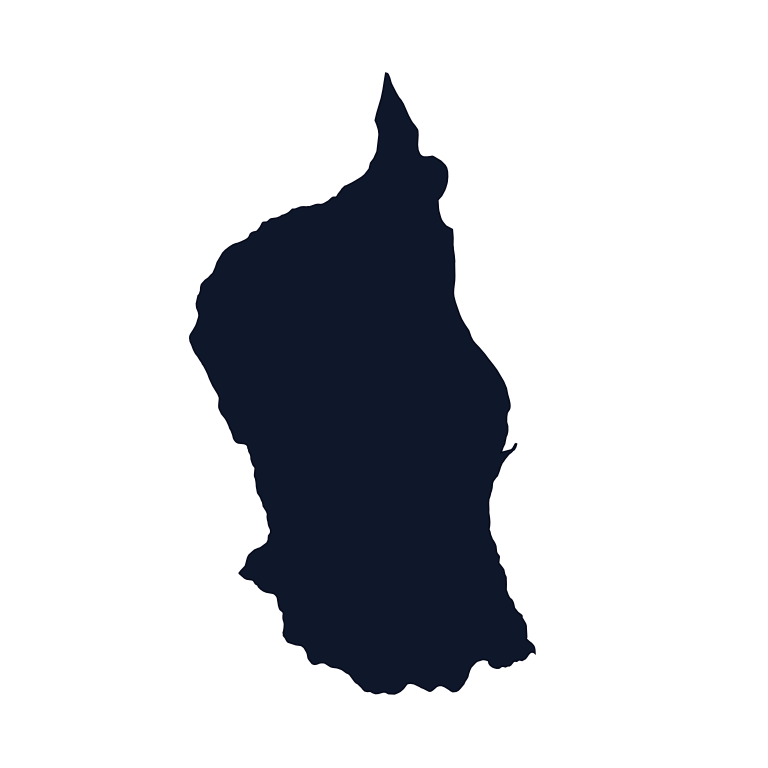 the district of Gualmatán, Nariño, Colombia, rotated 11°
{"feature_id": "7082276B40313955384200", "entity_name": "Gualmatán", "entity_type": "district", "adm_level": 2, "iso_a3": "COL", "parent_name": "Colombia", "parent_adm1": "Nariño", "projection": "robinson", "projection_center": [-77.583, 0.935], "detail": "fine", "context": "isolated", "style": "filled", "palette": "ink", "viewbox_px": 768, "rotation_deg": 11, "n_neighbors": 0, "source": "geoboundaries", "source_scale": "gbopen_adm2", "svg_char_len": 6162}
<svg xmlns="http://www.w3.org/2000/svg" viewBox="0 0 768 768"><g transform="rotate(11 384 384)"><path d="M421.6,219.3L414.6,217.1L411.2,214.3L410.0,213.1L408.8,211.7L407.6,209.7L404.7,203.8L403.8,201.1L401.7,193.0L404.6,188.2L405.2,186.3L406.5,182.1L407.0,179.3L407.4,175.1L407.4,173.3L406.9,168.4L405.8,163.6L404.2,160.0L402.2,157.7L397.5,154.5L389.3,151.5L387.9,151.3L386.0,152.1L382.6,153.1L379.5,153.6L377.6,153.2L376.2,152.5L374.9,151.3L372.7,147.9L371.1,142.7L369.8,133.1L368.8,129.1L368.1,127.8L364.7,124.5L362.0,122.3L360.4,120.6L356.6,115.9L349.4,105.5L346.5,102.3L343.7,100.0L340.2,96.0L334.4,88.6L333.3,86.9L331.1,82.5L329.0,79.4L328.2,78.7L326.4,78.5L327.0,95.6L326.9,104.0L325.4,119.4L325.1,126.9L327.5,130.5L330.2,135.6L331.6,140.1L332.8,156.0L332.8,157.4L331.1,164.7L328.7,169.7L328.5,175.7L325.1,182.4L322.5,185.5L319.9,187.9L314.5,192.7L309.7,196.4L307.8,197.5L305.6,200.7L305.1,202.1L302.8,206.6L302.4,208.0L301.8,209.4L300.6,210.1L299.4,210.2L298.0,210.7L296.7,212.2L294.7,215.0L290.4,218.7L289.2,219.4L287.7,220.0L285.0,220.3L282.9,221.0L277.0,224.4L275.5,224.5L274.5,225.0L271.4,225.4L268.5,226.2L263.9,229.1L262.6,229.6L260.7,230.0L258.7,232.9L257.5,234.3L255.7,235.8L253.6,237.2L251.8,238.0L250.0,239.8L247.2,241.6L241.6,243.5L240.6,244.4L238.9,246.8L237.8,247.6L235.5,248.1L234.4,248.5L233.9,249.3L232.7,253.6L230.4,258.0L229.4,258.8L226.9,259.8L225.3,260.9L224.2,262.3L223.5,265.3L223.0,266.5L222.1,267.6L220.5,269.1L217.0,271.7L213.7,273.8L211.7,274.7L209.3,276.2L206.2,279.1L202.8,283.0L200.8,286.1L197.1,296.5L196.4,302.0L195.2,307.3L194.7,308.5L193.3,310.3L191.5,313.4L188.8,316.2L186.4,320.1L185.8,321.5L185.7,324.1L186.2,327.5L185.8,330.5L185.3,332.0L184.7,332.7L184.5,341.0L185.6,344.8L188.2,348.8L189.0,350.9L189.4,352.3L189.4,354.0L189.1,356.3L188.8,359.7L188.2,363.0L186.6,367.6L184.8,372.1L184.5,373.3L184.4,374.4L184.6,376.1L185.7,379.2L188.0,382.4L190.3,386.2L192.3,388.8L193.5,390.2L195.8,392.1L199.1,395.7L201.1,397.6L202.1,399.1L203.5,400.3L206.8,404.4L209.3,407.8L211.7,411.8L216.4,418.3L222.8,425.3L224.8,428.3L225.3,429.7L225.7,434.1L226.0,436.5L226.5,438.7L227.3,440.1L230.3,444.2L234.5,447.7L236.8,450.2L239.8,454.4L241.3,457.1L242.9,458.8L245.3,462.8L246.6,465.7L247.7,467.2L249.4,468.7L250.6,469.3L252.2,469.7L257.5,469.2L258.9,469.3L260.7,469.7L261.9,470.9L262.4,471.6L262.6,472.7L263.7,474.2L264.1,475.6L265.1,477.1L266.0,477.9L267.2,480.2L267.9,483.1L269.6,486.3L271.0,488.5L273.6,490.8L274.3,498.0L274.7,499.4L276.0,501.4L276.9,503.7L277.8,506.4L278.4,508.9L280.6,514.6L281.2,515.5L283.2,517.4L284.6,519.0L286.0,521.4L287.3,523.0L288.3,525.3L288.8,526.9L292.8,531.1L294.0,532.9L294.5,534.0L294.8,536.9L295.6,539.3L296.9,542.1L297.2,543.3L298.5,545.9L299.7,547.4L300.4,548.5L300.8,549.7L301.1,551.1L300.9,552.4L299.7,555.0L300.2,559.3L299.9,560.7L299.3,562.6L295.0,567.3L293.7,568.6L292.0,569.5L288.7,571.7L287.0,573.8L284.2,577.5L283.5,579.6L283.2,581.4L282.8,588.0L282.5,589.5L279.3,594.5L277.9,597.3L278.9,598.1L284.2,601.1L286.4,601.7L292.0,601.4L293.1,601.7L293.8,602.3L295.9,604.6L298.5,605.5L299.5,607.0L300.8,607.9L302.6,609.0L305.2,610.1L308.1,610.7L315.4,610.6L317.2,611.3L318.9,612.6L320.1,614.0L323.0,621.9L324.4,624.5L325.3,625.4L327.9,626.8L328.7,627.6L329.2,629.0L329.2,630.8L329.7,633.3L330.3,634.9L331.3,636.6L332.1,638.7L332.6,642.7L332.7,645.5L332.5,647.4L333.2,648.8L333.2,649.9L334.2,651.0L335.2,651.6L337.7,654.7L339.1,655.7L347.1,656.7L352.7,656.4L355.8,657.9L359.4,662.0L360.4,663.7L361.9,667.6L363.3,669.1L366.8,672.1L368.1,672.4L369.5,672.4L371.4,671.7L374.1,670.0L376.1,669.4L378.1,669.1L379.4,669.2L385.2,671.5L387.2,671.8L392.1,671.5L394.6,671.8L397.3,672.3L402.2,674.6L404.2,675.0L405.7,675.7L412.1,681.6L413.8,682.7L415.2,683.0L420.0,686.1L421.7,687.6L423.7,688.9L426.3,689.0L428.4,688.4L429.6,688.2L430.9,688.8L432.4,689.2L434.7,689.5L437.3,688.8L441.9,686.5L443.3,686.2L444.6,686.2L447.5,687.1L453.6,686.2L456.7,684.1L458.5,682.6L460.7,679.9L461.6,678.4L463.5,674.4L464.3,673.5L467.1,672.6L470.7,672.5L476.9,674.1L478.7,674.8L480.8,675.1L487.0,676.9L488.7,676.4L490.3,674.8L493.5,670.7L495.5,669.5L498.0,668.9L501.3,669.5L506.1,671.3L508.1,672.3L510.2,672.9L513.4,671.9L515.3,670.4L516.8,668.1L519.5,663.2L520.1,660.6L521.4,657.5L522.1,655.1L522.1,652.7L522.7,648.2L523.5,645.3L527.1,639.6L528.5,638.2L533.6,635.5L535.6,635.3L538.7,635.5L539.7,636.2L540.3,638.0L541.6,639.5L543.8,640.7L544.9,641.1L546.6,641.4L548.6,641.5L549.9,641.3L551.4,640.8L553.3,638.7L555.0,638.3L557.2,638.5L559.2,637.0L560.7,636.8L562.0,635.6L564.1,631.6L565.6,630.9L567.2,630.9L568.7,629.3L569.8,628.9L572.3,629.0L575.1,626.7L576.0,625.1L577.5,621.6L578.6,620.0L579.7,619.0L580.8,618.8L582.6,618.9L583.6,619.5L582.7,616.0L581.9,614.1L581.0,612.7L579.4,611.3L577.4,610.0L576.1,609.5L572.3,607.2L572.3,605.1L572.0,603.8L569.6,594.1L568.6,592.3L565.3,588.5L564.0,587.2L563.7,585.3L563.0,584.6L559.0,582.7L554.8,579.1L552.9,574.7L551.7,572.8L550.3,571.3L548.6,570.5L547.6,569.6L545.9,567.4L543.1,562.7L542.2,557.3L540.6,550.3L538.8,548.0L536.9,543.5L535.2,541.8L531.0,538.2L530.6,537.3L530.1,531.5L529.4,530.6L527.6,529.1L526.5,527.6L524.7,521.8L523.3,519.6L521.8,517.8L519.9,515.9L517.3,511.8L516.1,508.9L514.7,506.7L514.6,503.0L514.1,499.5L513.0,495.4L511.2,490.2L510.7,487.2L509.2,480.7L508.8,477.1L509.3,473.6L509.4,470.1L509.7,468.4L509.8,465.4L509.3,460.5L509.7,458.2L511.6,454.2L512.7,452.5L513.5,447.9L514.1,442.8L515.0,438.8L516.1,436.7L516.6,435.2L519.8,429.1L522.0,426.6L523.2,424.7L524.4,423.5L525.3,420.7L525.6,417.6L524.9,417.4L524.3,417.9L523.0,421.9L522.3,423.4L521.3,424.5L512.0,429.0L512.7,423.8L513.8,419.6L513.8,412.5L514.3,410.5L514.4,408.1L514.3,406.2L513.4,401.8L511.5,398.0L510.6,393.0L510.4,389.1L510.7,387.8L511.8,385.1L512.0,383.8L511.9,381.8L511.2,379.2L509.9,376.0L507.2,370.6L504.9,364.9L500.9,358.9L492.2,349.1L487.3,344.6L481.7,339.8L477.1,335.6L470.4,330.3L465.6,326.9L462.8,324.5L460.3,321.3L456.9,315.5L451.7,310.3L447.7,305.7L444.7,301.3L438.3,290.2L435.8,284.9L434.8,281.7L434.2,277.9L433.5,268.9L432.8,264.6L430.1,251.9L429.9,250.0L428.2,244.1L426.2,238.4L425.8,236.6L425.1,234.6L423.8,227.2L421.6,219.3Z" fill="#0f172a" stroke="#020617" stroke-width="1.5"/></g></svg>